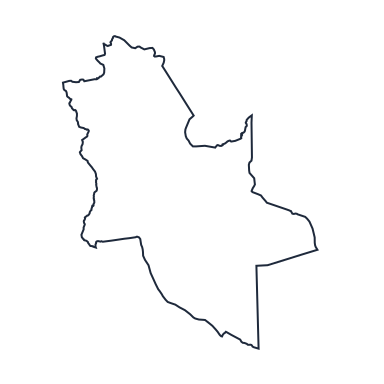 Banalia, Orientale, Democratic Republic of the Congo, rotated 266°
{"feature_id": "63176286B83745324886444", "entity_name": "Banalia", "entity_type": "district", "adm_level": 2, "iso_a3": "COD", "parent_name": "Democratic Republic of the Congo", "parent_adm1": "Orientale", "projection": "orthographic", "projection_center": [25.603, 1.49], "detail": "fine", "context": "isolated", "style": "outline", "palette": "slate", "viewbox_px": 384, "rotation_deg": 266, "n_neighbors": 0, "source": "geoboundaries", "source_scale": "gbopen_adm2", "svg_char_len": 4853}
<svg xmlns="http://www.w3.org/2000/svg" viewBox="0 0 384 384"><g transform="rotate(266 192 192)"><path d="M347.1,114.0L344.3,114.4L336.0,114.9L334.8,114.3L334.5,112.5L333.8,109.5L333.5,107.4L333.0,105.7L332.0,105.4L331.5,105.6L329.6,107.0L327.8,108.6L326.5,109.6L325.0,112.4L321.3,113.2L317.2,112.7L315.5,111.9L313.5,109.2L313.6,108.3L313.3,107.9L312.8,107.6L312.3,106.6L312.0,106.5L312.1,105.2L311.3,105.2L311.1,104.7L311.3,102.7L310.0,92.3L311.6,91.5L311.9,90.2L311.7,88.3L309.6,86.8L309.6,84.0L310.3,80.4L311.4,79.1L311.4,77.3L310.1,70.9L307.6,71.1L306.2,71.1L303.8,71.2L302.5,71.9L301.7,73.2L300.3,73.8L299.4,73.9L297.8,74.0L296.3,74.1L295.7,74.5L294.5,76.0L293.5,76.7L293.1,77.6L292.9,78.1L292.5,78.1L290.4,76.7L290.0,76.6L289.1,75.8L287.5,76.0L286.5,76.5L285.2,77.8L283.9,78.1L281.9,79.7L281.7,80.3L282.0,81.0L281.7,81.5L280.7,82.1L279.9,82.2L278.3,82.7L275.8,82.5L273.6,81.9L271.7,82.0L269.9,83.0L268.5,83.2L268.0,83.0L264.9,84.0L264.1,85.7L263.4,88.3L262.9,89.0L262.3,89.6L262.2,90.4L261.5,91.4L261.7,92.1L261.5,92.6L260.4,93.3L259.7,93.2L256.7,91.5L255.3,91.6L254.6,91.1L253.6,89.3L253.5,89.2L251.5,86.0L249.6,86.6L247.4,86.2L245.4,85.0L244.1,84.7L242.9,84.7L241.4,84.8L240.0,83.3L239.5,82.9L237.5,83.4L235.4,84.8L233.3,85.7L231.9,87.9L230.3,90.0L228.7,90.2L225.3,92.6L223.7,93.8L221.8,94.9L219.1,96.7L216.6,97.4L214.1,97.4L211.8,98.2L211.1,97.3L210.6,97.2L210.3,97.2L209.9,97.0L209.1,97.1L208.6,96.9L206.6,97.2L206.0,96.9L203.4,97.2L202.6,97.5L200.8,97.3L199.8,96.8L198.6,94.9L197.9,94.4L196.7,94.2L195.4,93.7L194.0,93.8L193.1,93.5L192.2,93.5L191.8,93.8L191.0,93.6L190.2,93.9L188.2,93.8L186.8,92.9L186.4,92.9L185.3,92.8L185.0,92.4L185.3,91.7L184.9,91.4L183.5,91.2L182.8,90.7L181.0,90.4L180.6,89.7L179.0,88.6L177.9,88.4L176.7,87.6L175.8,86.5L175.8,85.8L174.9,84.7L174.7,84.0L174.1,83.5L173.9,83.3L173.1,83.5L171.8,83.0L171.0,82.2L170.0,82.0L168.6,82.2L167.4,82.8L166.9,82.7L164.2,81.4L162.3,81.3L157.0,78.7L154.4,79.0L153.8,79.6L153.1,79.8L152.3,80.8L151.5,81.0L151.3,81.4L151.0,82.6L150.5,83.5L149.3,84.7L148.5,84.8L147.5,85.4L146.9,85.9L145.7,86.4L145.2,87.1L145.0,88.5L144.7,88.9L144.8,89.4L144.2,89.9L143.3,92.2L144.5,91.9L146.5,92.1L147.4,92.7L148.6,92.8L149.3,93.4L149.6,94.8L148.9,97.3L149.2,98.2L148.6,99.5L149.1,108.2L149.6,114.8L150.1,121.2L150.3,126.0L150.8,132.5L151.3,134.0L150.5,135.9L148.7,137.1L142.8,137.6L140.6,138.4L138.2,138.8L135.6,138.9L131.8,138.8L127.5,140.4L122.0,143.5L114.0,145.1L107.3,147.6L102.7,149.3L97.4,151.5L95.3,152.9L92.0,154.8L90.2,155.6L86.4,158.1L84.0,160.1L82.6,163.2L80.8,167.5L77.8,171.5L74.6,176.7L70.1,181.7L66.8,184.6L65.6,186.3L64.3,190.0L63.7,194.3L63.4,196.1L59.9,200.0L57.1,203.0L53.0,206.2L50.8,207.8L48.9,208.9L47.4,209.8L46.1,211.0L45.8,211.9L47.5,212.8L47.9,213.2L48.7,214.0L49.0,214.8L50.2,216.0L49.6,217.0L46.7,221.3L42.7,227.7L41.4,229.8L39.2,230.8L38.0,232.2L37.8,233.7L36.7,236.1L35.8,236.9L35.6,237.9L35.6,239.7L35.3,240.5L34.7,241.1L33.6,241.6L33.4,241.9L32.8,242.9L31.1,247.5L113.9,251.1L113.7,262.3L118.8,284.0L121.9,297.0L125.6,313.1L128.7,311.5L130.2,311.1L132.7,310.9L138.1,311.2L142.4,310.5L147.1,309.7L154.3,307.1L157.3,305.0L159.3,303.2L162.4,295.7L162.9,295.2L163.3,293.8L163.0,292.0L163.4,290.6L166.1,289.3L166.1,288.9L166.7,288.1L167.9,285.4L173.5,272.1L176.1,265.9L177.5,265.0L181.6,261.9L183.7,260.6L185.2,257.7L187.7,252.3L188.4,251.8L188.8,251.5L191.6,252.9L193.6,254.4L195.2,255.3L196.4,255.2L201.4,255.0L207.0,250.7L209.5,250.5L215.2,250.6L217.4,251.4L219.1,253.5L222.2,254.2L257.0,256.2L264.3,257.0L262.4,254.0L261.6,253.1L260.6,252.1L259.9,251.5L258.9,251.4L257.7,250.5L257.1,250.5L255.9,251.2L254.5,251.3L253.9,251.1L253.0,250.0L249.2,249.0L248.4,248.5L247.6,247.5L247.4,246.1L247.0,245.6L246.8,245.9L246.6,246.2L246.4,246.1L246.1,245.1L245.5,245.0L245.4,245.6L245.2,245.7L244.9,245.2L244.5,245.4L243.5,244.7L242.9,244.9L242.3,244.9L242.2,244.5L241.8,244.3L240.0,238.7L239.6,234.9L239.7,234.4L240.6,233.7L240.7,233.0L240.0,230.9L239.8,230.7L239.0,229.7L237.9,227.9L237.5,226.1L237.3,225.7L236.5,225.8L235.9,224.3L236.1,222.9L237.0,221.1L237.0,220.7L236.6,219.9L235.8,219.4L235.2,218.5L234.7,218.2L237.2,208.1L237.2,199.0L237.4,196.1L240.4,193.5L243.5,192.2L245.7,190.5L248.1,189.7L252.1,189.3L254.9,189.8L256.5,190.5L264.7,194.6L267.4,198.2L268.1,199.0L279.8,192.7L291.4,186.5L297.5,183.1L311.5,175.6L319.8,171.1L323.0,172.8L325.5,173.5L326.9,173.5L328.7,173.1L330.1,168.8L329.7,165.7L329.7,164.3L330.4,163.6L331.9,164.2L332.6,164.7L334.0,164.8L336.8,163.9L338.5,162.6L338.5,159.7L337.6,154.4L339.6,151.1L340.7,149.8L340.8,147.8L339.4,145.4L340.4,141.9L342.2,140.1L348.1,135.0L351.1,130.5L352.5,126.5L352.9,126.0L352.7,124.8L351.9,123.9L351.0,123.8L349.9,122.9L348.8,122.7L347.3,121.2L346.8,121.1L346.1,121.5L345.1,121.6L344.4,121.4L343.8,119.0L343.5,118.2L343.9,117.3L345.4,115.2L345.9,114.3L347.1,114.0Z" fill="none" stroke="#1e293b" stroke-width="2"/></g></svg>